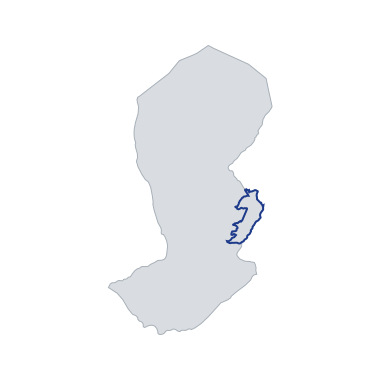 Amambay highlighted on a map of Paraguay, rotated 40°
{"feature_id": "PRY-615", "entity_name": "Amambay", "entity_type": "Department", "adm_level": 1, "iso_a3": "PRY", "parent_name": "Paraguay", "parent_adm1": "", "projection": "equal_earth", "projection_center": [-56.215, -22.97], "detail": "medium", "context": "in_parent", "style": "outline", "palette": "blue", "viewbox_px": 384, "rotation_deg": 40, "n_neighbors": 0, "source": "natural_earth", "source_scale": "10m", "svg_char_len": 5072}
<svg xmlns="http://www.w3.org/2000/svg" viewBox="0 0 384 384"><g transform="rotate(40 192 192)"><path d="M198.8,86.4L199.4,88.8L199.7,90.7L200.5,92.0L201.4,93.7L202.2,94.7L202.7,96.3L202.6,98.2L202.9,100.6L203.3,102.7L203.7,103.2L204.9,103.7L205.5,105.6L205.1,106.6L205.2,107.7L205.7,108.7L205.3,109.8L205.5,110.5L206.3,111.2L207.0,113.9L207.1,118.3L206.3,120.7L205.7,122.7L205.5,123.9L206.0,125.6L205.2,127.7L204.3,130.2L204.5,131.9L204.7,133.5L204.8,135.3L205.0,136.9L204.7,138.6L204.4,140.1L204.2,141.9L204.6,143.8L203.9,145.7L203.5,147.0L203.4,148.3L204.1,150.3L206.0,151.2L207.4,151.4L208.8,150.3L209.8,150.0L211.8,151.0L213.6,152.7L215.8,152.9L217.8,153.2L219.4,153.8L221.6,153.1L224.0,153.8L226.7,154.8L229.0,155.6L231.2,155.4L232.9,155.3L234.7,154.3L236.4,154.4L237.7,152.7L238.4,151.2L239.1,150.1L240.9,149.2L242.2,149.8L243.3,152.6L245.1,154.2L245.8,155.4L247.2,155.9L250.2,156.1L252.1,155.9L254.2,156.8L255.5,156.8L256.7,158.3L257.9,160.2L258.0,163.5L259.1,166.1L260.4,167.1L261.2,168.7L260.9,171.0L260.3,173.2L260.3,175.7L261.1,178.0L261.1,180.3L261.5,182.5L262.5,184.5L262.8,187.6L262.7,189.9L263.3,191.2L263.5,193.0L263.1,194.5L263.0,196.5L263.0,198.4L263.5,199.9L265.0,201.8L265.4,205.3L265.4,207.6L266.0,210.4L267.2,211.7L269.1,212.1L271.4,212.6L274.1,211.9L276.5,211.2L277.9,210.4L280.5,208.4L282.9,207.2L284.1,206.4L285.2,205.9L287.5,207.2L289.7,208.8L291.3,211.1L294.5,213.5L293.8,214.1L292.6,216.2L292.6,218.5L293.5,221.9L292.7,229.1L290.2,240.1L289.1,246.5L289.6,248.4L288.7,251.6L285.3,258.4L285.2,263.1L284.7,276.9L283.6,286.7L281.7,293.9L280.0,297.7L278.4,298.2L277.3,299.3L276.7,301.1L275.4,302.7L273.6,303.9L272.6,305.2L272.5,306.6L270.8,307.6L267.4,308.0L265.5,309.2L264.9,311.0L263.8,312.6L262.2,313.7L261.4,315.5L261.5,318.1L260.5,320.3L258.6,322.1L256.8,322.2L255.1,320.5L252.9,319.3L250.1,318.7L247.8,319.2L246.0,320.6L244.3,322.9L242.9,326.1L241.3,326.6L239.5,324.5L237.3,323.8L234.6,324.7L232.5,324.4L230.9,323.0L228.4,322.8L225.1,323.9L218.4,322.6L208.4,319.0L199.8,317.6L189.4,318.9L188.5,315.1L189.0,313.1L190.7,311.5L191.7,309.8L192.2,307.8L193.3,306.4L195.2,305.3L196.0,304.3L195.7,303.2L196.1,302.3L197.2,301.5L197.9,300.2L198.0,298.5L198.4,297.6L199.1,297.0L199.2,295.8L198.8,292.1L198.8,289.0L199.3,286.6L200.0,285.2L200.4,284.8L200.8,284.0L201.0,282.5L201.7,281.2L205.0,278.4L206.3,276.9L206.4,275.6L206.9,273.7L208.8,269.7L209.4,267.9L209.5,267.0L210.2,266.0L212.6,263.8L213.9,261.7L214.1,259.7L213.5,257.5L212.1,255.1L207.8,248.8L204.4,246.0L200.2,243.7L197.3,242.9L196.0,243.8L194.6,243.1L193.2,241.0L190.9,239.3L185.9,237.5L174.7,230.3L170.1,226.7L168.6,224.6L164.4,220.7L157.4,215.0L152.1,212.3L148.4,212.5L142.5,210.8L134.4,207.4L129.6,204.1L128.3,200.8L125.3,197.6L120.5,194.4L118.0,192.2L117.8,191.2L116.4,189.9L113.7,188.2L110.8,185.4L107.6,181.4L104.1,175.2L100.4,166.8L96.4,161.1L92.3,158.2L90.2,156.3L90.2,155.3L89.5,154.4L90.1,152.8L91.5,146.4L93.5,137.1L95.6,127.5L98.1,116.1L98.0,108.0L97.9,99.5L101.6,92.5L104.2,87.6L106.5,82.8L108.8,74.7L110.3,69.3L116.3,68.0L126.5,65.2L131.6,63.8L142.3,60.8L153.2,57.8L164.7,57.6L175.8,57.4L184.4,64.2L191.0,69.3L198.3,75.0L198.8,76.2L199.3,80.9L198.8,86.4Z" fill="#d9dde1" stroke="#a8b0b8" stroke-width="1"/><path d="M239.8,149.6L241.9,149.2L242.2,149.6L242.8,151.6L243.4,152.7L244.1,153.5L245.5,154.6L246.6,155.8L251.2,156.2L251.9,155.8L252.9,156.6L254.5,156.8L254.9,157.1L255.2,156.2L256.5,158.3L257.7,159.6L257.9,160.4L258.0,163.1L258.2,164.3L258.6,165.4L259.2,166.2L260.8,167.3L261.0,167.6L261.1,168.3L260.9,169.4L261.1,170.5L260.9,171.6L260.1,173.5L260.2,174.7L260.7,177.2L260.7,179.5L261.6,180.9L261.7,181.5L261.6,183.3L261.8,183.7L262.5,184.2L263.1,186.9L263.1,187.5L262.6,188.9L262.5,189.5L262.6,190.2L263.4,191.2L263.6,191.8L263.6,192.8L262.9,194.6L263.2,196.7L262.7,197.4L262.2,198.9L262.0,200.2L261.6,200.8L260.6,201.5L259.5,201.7L258.6,202.3L256.1,204.6L255.1,205.3L254.3,206.5L253.5,207.0L252.0,207.3L251.3,207.6L250.4,207.1L250.8,206.9L251.7,206.1L252.4,204.1L252.4,202.9L252.2,201.5L253.4,199.4L253.4,196.8L253.4,196.7L252.8,196.7L251.1,197.2L250.8,198.6L249.7,199.4L249.4,199.2L249.1,198.8L248.4,197.3L248.2,196.4L250.3,194.2L250.8,193.2L250.6,192.5L249.9,191.7L250.1,190.7L250.0,190.2L249.2,189.7L247.5,189.5L245.9,190.0L244.8,190.7L244.5,190.5L244.7,190.1L245.0,188.5L245.5,188.1L245.9,187.3L247.1,186.4L247.1,185.0L247.3,184.6L247.6,184.3L247.6,183.4L247.7,183.2L248.2,183.4L248.6,183.2L248.7,181.4L245.1,169.7L244.7,169.3L244.3,169.3L243.4,170.1L242.8,170.4L242.0,171.7L240.1,172.3L239.7,172.8L239.4,174.2L238.7,175.4L237.5,175.8L236.5,175.0L236.0,175.5L234.9,175.5L235.0,175.0L235.3,174.5L235.8,174.0L236.0,173.5L235.4,170.9L234.7,169.9L234.7,168.7L234.3,168.1L234.4,166.5L234.2,164.2L234.6,163.6L234.5,162.7L234.7,162.1L235.8,161.0L236.8,159.2L237.7,158.6L236.7,158.1L231.5,156.5L231.3,156.2L231.8,155.4L232.0,154.9L232.6,155.0L233.4,154.7L233.6,154.7L233.7,154.9L234.0,154.7L234.4,153.8L234.8,154.1L235.6,155.3L236.0,155.4L236.1,155.1L235.9,154.5L236.5,154.1L237.6,153.0L239.1,150.0L239.8,149.6Z" fill="none" stroke="#1e3a8a" stroke-width="2"/></g></svg>